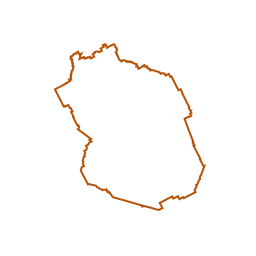 Lockhart, New South Wales, Australia, rotated 234°
{"feature_id": "25037944B87274721652905", "entity_name": "Lockhart", "entity_type": "district", "adm_level": 2, "iso_a3": "AUS", "parent_name": "Australia", "parent_adm1": "New South Wales", "projection": "natural_earth1", "projection_center": [146.896, -35.322], "detail": "fine", "context": "isolated", "style": "outline", "palette": "amber", "viewbox_px": 256, "rotation_deg": 234, "n_neighbors": 0, "source": "geoboundaries", "source_scale": "gbopen_adm2", "svg_char_len": 5280}
<svg xmlns="http://www.w3.org/2000/svg" viewBox="0 0 256 256"><g transform="rotate(234 128 128)"><path d="M88.7,175.4L88.9,175.4L102.2,179.2L101.6,183.6L101.1,183.6L100.7,186.3L103.1,186.6L102.9,188.2L104.1,188.4L104.8,188.6L104.9,188.8L105.0,188.5L108.4,188.9L108.4,189.0L109.0,189.9L111.0,190.1L111.4,190.1L112.4,190.3L112.7,190.4L113.5,190.5L114.2,190.5L114.5,190.7L124.4,192.3L124.9,192.8L128.5,193.3L128.9,191.0L144.2,193.5L144.4,192.3L147.8,192.8L148.3,189.5L148.9,189.6L149.0,189.3L150.4,189.5L150.4,189.4L152.3,188.0L152.6,186.2L154.3,186.4L154.7,186.1L154.8,186.1L161.3,181.2L161.3,180.3L161.8,180.4L161.8,179.9L163.1,180.1L164.1,179.3L164.5,179.4L164.9,179.0L165.3,179.0L165.8,179.2L166.4,179.7L166.8,179.7L167.0,179.5L167.3,178.0L169.2,178.3L169.6,175.9L169.1,175.8L169.4,173.8L169.8,171.2L171.9,171.5L171.8,171.9L174.1,172.3L174.0,171.9L174.5,172.4L176.6,170.9L177.7,170.2L177.9,170.4L178.2,170.4L178.3,170.2L179.0,170.0L179.4,169.9L179.8,169.5L179.9,169.3L179.7,168.9L179.8,168.6L180.1,168.3L180.4,168.1L181.0,168.1L181.1,167.9L181.2,168.0L181.9,166.9L181.8,166.3L182.5,165.9L183.0,166.1L183.6,165.4L184.4,165.3L184.8,164.7L185.9,163.8L185.9,163.2L185.7,162.7L185.9,162.5L185.7,161.8L186.3,161.8L187.4,161.5L188.4,161.2L189.3,161.2L190.1,161.4L190.7,161.5L191.2,161.7L191.6,162.2L192.0,162.2L193.0,161.8L193.7,162.0L193.9,162.5L194.0,162.6L194.7,162.3L194.9,162.4L195.4,162.7L195.9,162.8L196.1,162.8L196.4,162.6L196.6,163.0L196.8,163.3L197.0,164.3L197.4,164.8L197.6,164.8L198.1,165.0L198.6,165.5L198.9,165.8L199.4,165.7L199.8,165.4L200.4,165.5L200.9,165.4L201.0,165.6L201.3,165.8L201.7,165.7L202.0,165.6L202.5,165.7L203.2,165.9L203.9,166.0L204.4,164.8L204.4,164.7L205.2,159.5L205.2,158.1L206.1,158.3L206.1,158.6L208.3,158.9L208.4,158.3L209.4,158.4L209.8,156.3L207.9,156.0L208.4,152.6L205.8,152.2L206.4,149.1L207.0,149.0L207.3,148.8L208.6,147.3L208.9,145.4L208.2,145.3L208.5,142.9L205.6,142.5L206.1,138.8L208.1,139.1L208.5,136.5L209.0,136.6L209.4,133.9L211.0,134.1L211.1,133.1L211.7,133.2L212.3,129.4L214.5,131.7L215.6,133.8L216.0,131.9L219.1,132.4L219.2,132.0L219.3,131.6L219.1,131.4L219.0,131.6L218.9,131.6L218.8,131.2L218.9,130.9L218.8,130.6L218.7,130.5L219.3,129.6L219.2,129.3L218.9,129.2L219.1,128.8L219.4,128.7L219.5,128.4L219.4,127.9L219.6,127.5L219.5,127.3L219.6,127.1L219.5,126.9L219.2,126.7L219.1,126.4L219.0,126.2L219.0,125.8L219.2,125.5L219.1,125.2L219.3,124.7L219.3,124.3L219.3,123.9L219.5,123.6L219.4,123.3L218.9,123.2L218.6,123.2L217.9,123.3L218.0,122.9L217.8,122.4L217.7,122.5L217.5,122.9L217.4,123.0L217.1,122.9L216.7,122.7L216.3,122.9L216.2,122.8L216.2,122.4L215.8,122.1L215.5,122.1L215.4,122.2L215.3,122.4L215.2,122.5L214.9,122.4L214.8,121.8L214.7,121.6L214.3,121.4L214.0,121.5L213.8,121.3L213.5,121.5L213.4,121.7L213.0,121.6L213.0,121.4L212.9,121.3L212.5,121.2L212.4,121.0L212.4,120.8L212.2,120.7L211.8,120.6L211.6,120.4L211.3,120.3L211.3,120.0L211.1,120.0L210.9,120.2L210.7,120.0L210.3,119.8L210.3,119.7L210.0,119.8L209.8,120.0L209.7,120.0L209.7,119.9L209.6,119.6L209.5,119.4L209.0,119.3L208.9,119.1L208.7,118.8L208.4,118.7L208.2,118.4L208.1,118.0L207.9,117.6L207.7,117.7L207.4,117.4L207.5,117.3L207.5,117.1L207.1,116.8L207.1,116.7L207.1,116.3L207.2,116.0L207.1,115.9L206.9,115.6L206.7,115.2L206.2,114.8L205.5,114.7L205.4,114.2L205.3,113.7L205.0,113.5L204.8,113.5L204.6,113.4L204.4,113.2L204.2,112.8L204.0,112.6L203.9,112.5L204.0,112.4L203.9,112.3L203.7,112.3L203.6,112.2L203.4,112.2L203.4,112.4L203.1,112.2L203.1,111.8L203.0,111.7L202.8,111.7L202.6,111.6L202.4,111.5L202.4,111.2L202.1,110.9L201.9,110.3L201.7,110.4L201.1,110.3L200.9,110.6L200.5,110.5L201.4,109.1L201.7,108.8L200.0,108.5L200.6,104.8L200.3,104.8L202.2,91.6L183.2,88.6L183.0,89.8L182.2,89.7L181.7,93.3L178.2,92.7L177.8,93.4L174.2,92.9L174.4,91.4L169.0,90.5L169.1,90.0L159.6,88.5L159.5,89.4L157.6,89.1L157.5,88.9L157.1,88.6L156.9,88.2L156.5,87.0L156.5,86.7L141.0,91.6L141.6,89.7L141.8,89.5L138.5,90.5L138.9,87.6L137.9,86.0L138.3,83.6L138.0,83.6L137.9,83.5L136.1,83.2L134.9,81.4L135.2,79.2L133.2,78.9L131.8,76.7L130.4,76.4L130.6,75.2L128.7,72.9L128.2,72.2L126.9,71.9L126.2,71.3L125.7,70.5L123.1,70.1L123.5,67.6L121.3,64.7L106.0,62.5L105.9,63.1L100.3,68.1L100.1,68.2L99.6,68.3L98.9,68.2L98.5,68.2L97.7,68.5L96.9,69.0L94.8,69.8L93.6,70.6L92.8,70.9L93.0,71.2L91.2,73.6L91.1,73.9L90.7,73.9L90.7,74.5L90.0,74.5L89.6,74.2L89.4,74.0L88.9,74.1L88.6,73.9L88.4,73.8L88.2,74.0L88.4,74.2L88.4,74.3L88.1,74.4L87.7,74.1L87.4,74.2L87.4,74.3L87.6,74.8L87.5,75.2L87.4,75.2L87.0,75.1L86.9,74.7L86.3,74.9L86.2,75.1L85.9,75.2L85.7,75.0L83.9,75.2L81.8,75.0L80.7,75.3L80.2,75.6L74.0,80.6L71.4,82.7L68.8,84.7L67.0,86.0L61.5,90.4L59.7,91.7L56.5,94.3L56.7,93.4L55.9,93.3L55.6,95.0L50.5,99.2L50.3,99.5L50.2,99.6L48.7,100.6L43.6,104.7L43.0,108.8L48.7,109.6L46.7,123.5L44.3,123.1L43.5,128.2L40.2,127.8L39.6,132.0L39.1,132.0L38.9,132.1L38.7,132.0L38.4,132.0L38.0,134.3L36.4,145.0L38.5,145.3L39.4,146.7L39.4,147.5L40.6,149.4L41.9,149.6L41.7,151.1L44.0,154.8L44.1,155.2L44.2,156.0L44.6,156.1L45.1,156.7L45.8,157.0L46.7,158.4L46.8,158.6L46.9,159.3L47.1,159.6L52.4,167.5L52.6,166.6L60.5,167.8L60.5,168.4L64.9,169.1L65.0,169.0L71.4,170.1L71.5,170.1L75.2,170.6L75.0,171.6L76.0,171.8L76.1,171.4L78.2,171.8L78.1,172.5L79.4,172.8L79.4,173.0L80.4,173.2L88.7,175.4Z" fill="none" stroke="#b45309" stroke-width="2"/></g></svg>